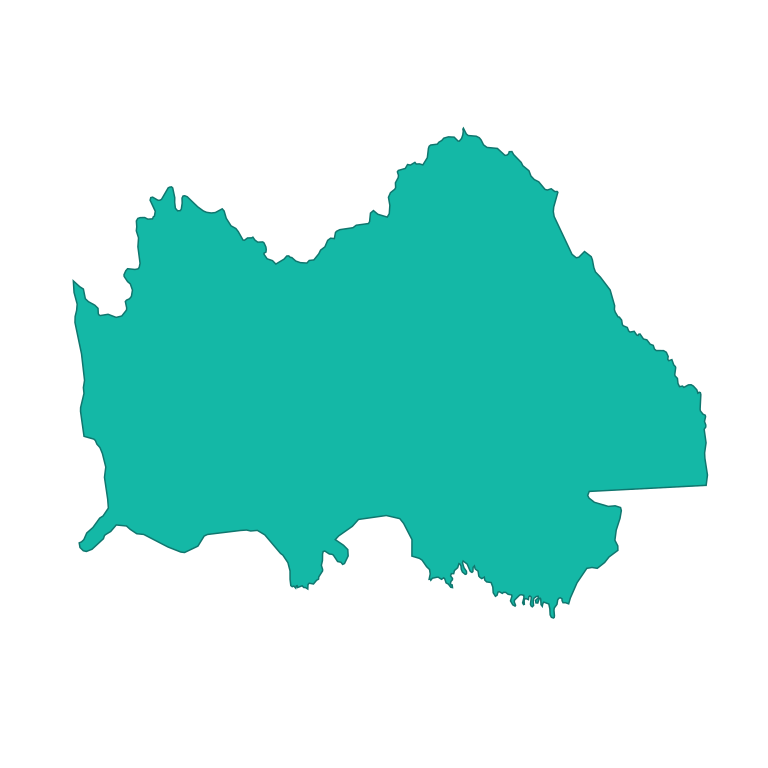 Punia, Maniema, Democratic Republic of the Congo (Equal Earth projection), rotated 355°
{"feature_id": "63176286B1925057871065", "entity_name": "Punia", "entity_type": "district", "adm_level": 2, "iso_a3": "COD", "parent_name": "Democratic Republic of the Congo", "parent_adm1": "Maniema", "projection": "equal_earth", "projection_center": [26.813, -1.707], "detail": "fine", "context": "isolated", "style": "filled", "palette": "teal", "viewbox_px": 768, "rotation_deg": 355, "n_neighbors": 0, "source": "geoboundaries", "source_scale": "gbopen_adm2", "svg_char_len": 6130}
<svg xmlns="http://www.w3.org/2000/svg" viewBox="0 0 768 768"><g transform="rotate(355 384 384)"><path d="M411.9,582.5L413.1,582.5L413.5,583.6L415.3,581.7L420.0,581.1L421.2,581.2L424.3,583.6L426.6,582.3L427.5,583.3L428.5,587.5L430.7,589.0L432.8,592.3L434.5,592.8L434.4,590.1L433.4,589.9L432.8,588.4L433.5,586.5L435.1,585.0L435.3,583.6L433.6,581.0L434.6,578.8L436.9,579.0L437.9,576.0L441.4,573.4L443.0,569.4L443.9,569.8L444.8,571.9L444.8,575.3L445.7,578.1L448.3,580.7L449.2,580.6L449.8,579.7L449.8,577.7L447.7,574.1L446.6,568.9L447.4,567.2L451.2,570.7L453.5,577.9L454.4,578.8L455.2,579.3L456.2,578.6L456.8,574.4L458.2,573.1L458.7,576.2L461.4,578.6L461.7,583.6L462.7,585.0L464.4,586.4L467.1,585.2L467.3,588.1L469.0,590.1L473.4,591.1L474.7,595.8L474.6,601.5L476.5,605.2L478.2,604.3L479.4,601.3L480.7,600.9L483.6,602.9L485.0,602.0L487.1,602.2L489.3,604.3L492.7,605.2L493.0,606.4L491.1,611.1L493.0,615.2L495.2,616.7L495.8,615.9L494.8,612.6L495.1,610.8L500.6,606.2L502.1,605.8L504.8,606.7L504.8,609.0L503.0,614.1L503.8,615.9L504.6,615.7L504.7,611.9L505.4,610.5L506.8,610.2L509.1,611.4L509.7,608.6L510.8,607.8L512.2,609.2L510.7,616.1L511.2,617.9L512.3,618.9L513.7,617.7L513.7,613.1L514.6,610.6L517.1,609.0L519.0,608.8L519.3,610.3L516.0,612.8L516.3,615.3L518.1,615.6L520.0,611.3L520.9,611.0L521.4,611.9L521.2,617.5L522.3,619.3L523.1,616.5L524.2,615.2L529.0,617.5L529.6,622.4L529.4,628.5L530.4,631.0L532.4,631.9L533.2,631.4L533.6,629.8L533.6,624.2L534.1,622.0L537.1,618.6L538.3,614.0L539.7,612.6L541.0,612.3L542.6,613.5L542.5,615.4L543.3,617.5L545.8,617.7L548.8,619.1L551.0,613.4L559.0,598.8L570.0,585.3L575.2,584.9L580.4,586.2L588.2,581.1L593.1,575.9L602.5,570.1L602.8,565.7L600.4,559.8L602.6,549.8L607.4,538.4L609.4,530.8L608.9,527.7L603.7,525.5L596.8,525.5L583.3,520.2L578.3,515.5L577.2,512.7L579.1,508.9L696.1,513.0L698.3,502.9L697.2,486.0L697.4,480.6L699.7,470.7L699.0,457.0L700.8,454.9L701.0,452.9L700.0,449.3L701.5,444.6L701.3,443.1L699.2,441.9L696.9,438.5L696.7,436.7L698.7,422.2L698.4,420.2L697.3,419.7L695.9,420.5L695.1,417.0L692.0,413.0L689.9,411.5L687.2,411.4L682.4,413.5L681.2,412.1L678.2,412.4L676.9,409.1L676.8,404.0L674.6,401.2L674.5,399.8L676.0,393.2L675.8,392.1L674.3,390.2L672.9,384.8L669.8,385.6L668.8,384.2L669.5,381.3L668.0,377.0L665.4,375.1L658.1,374.4L656.5,372.8L655.6,369.0L652.6,367.5L649.7,362.9L646.4,361.8L643.4,356.5L642.1,356.6L641.3,357.8L640.0,357.2L637.8,353.3L633.6,353.7L632.3,352.4L631.3,348.9L627.2,346.7L626.6,345.3L626.3,341.0L624.3,337.9L623.0,337.5L620.6,332.5L620.0,329.9L620.6,326.2L617.5,310.1L608.9,296.4L604.4,290.8L603.2,286.4L602.4,278.4L601.5,275.2L595.3,269.5L589.1,274.7L586.5,275.0L582.6,271.2L568.1,232.0L567.7,227.0L568.5,222.5L573.9,208.2L573.3,207.3L571.0,207.2L567.6,204.1L563.6,205.0L561.4,204.2L555.8,196.1L551.5,193.4L548.5,189.6L547.0,184.2L541.3,178.6L540.0,175.2L533.1,166.7L531.7,163.6L529.0,163.5L528.2,165.5L526.5,166.7L524.4,166.8L517.5,159.2L507.2,157.3L504.0,154.4L502.0,149.3L500.4,147.0L497.5,145.2L489.5,143.8L487.8,142.1L485.4,136.1L484.8,137.0L485.0,139.0L484.2,142.7L482.7,146.1L480.2,148.6L479.0,148.5L475.4,144.2L469.7,143.4L465.0,144.3L462.8,146.4L459.6,148.0L458.1,149.7L451.3,150.0L449.7,151.1L448.8,153.1L446.9,162.3L441.8,169.1L438.5,167.8L435.3,167.7L434.1,165.9L429.4,168.2L426.6,167.4L424.0,171.1L416.9,172.5L415.8,173.8L416.6,177.3L416.2,179.5L412.9,184.6L412.7,189.4L411.7,190.9L407.1,194.0L404.7,198.4L405.4,206.5L404.1,214.7L401.8,218.0L392.7,214.4L388.6,210.3L385.4,212.6L383.8,221.0L382.5,222.8L370.2,223.4L366.7,225.6L353.4,226.4L350.1,227.7L348.9,228.8L347.2,234.8L343.5,234.1L340.4,236.0L337.1,242.2L332.5,245.1L330.4,248.6L324.9,254.3L320.3,254.4L317.7,256.8L311.2,255.8L306.8,253.8L303.2,250.0L301.6,249.6L300.3,248.1L298.3,248.0L295.3,250.9L286.7,255.1L283.7,251.4L278.5,249.1L275.8,244.4L275.9,243.2L277.9,242.3L278.4,239.8L278.3,237.3L276.8,233.0L275.6,231.9L270.6,231.7L268.0,229.4L266.2,226.3L264.8,226.9L260.8,226.6L257.4,228.7L256.1,228.3L252.1,219.5L250.0,216.2L245.4,213.1L241.3,205.2L239.8,197.7L238.1,195.4L230.9,198.5L226.9,198.6L222.2,197.5L219.2,195.9L213.9,191.3L204.3,180.3L201.9,179.1L200.2,179.2L199.0,181.2L198.7,186.3L197.3,192.1L196.2,193.5L193.5,193.5L191.5,190.7L191.3,184.8L191.8,180.2L190.6,170.3L189.5,169.1L187.6,169.2L186.1,169.8L178.5,180.6L176.9,181.4L174.9,181.3L169.8,177.7L167.9,178.0L167.0,180.5L171.2,192.0L169.9,196.8L168.8,197.3L167.8,199.3L163.1,199.2L160.1,197.3L155.6,197.0L153.2,197.6L151.5,200.0L151.4,205.8L150.6,209.8L152.2,217.0L150.8,225.9L151.5,242.5L150.3,246.5L148.9,247.9L145.9,248.2L138.6,246.8L136.6,248.7L134.5,252.5L134.5,254.2L137.5,259.7L140.0,262.2L141.6,268.5L140.0,274.7L137.9,276.9L134.8,278.0L133.5,279.3L134.3,285.8L133.9,287.9L128.7,293.4L123.0,294.3L115.2,290.5L107.2,291.1L106.2,290.4L105.5,289.1L105.7,283.7L102.8,280.3L96.7,276.2L93.9,273.0L92.8,263.2L89.3,260.5L83.5,254.2L83.2,265.8L85.3,277.7L84.2,283.9L82.2,289.8L81.5,295.8L85.3,327.7L86.0,354.3L84.2,361.4L84.3,367.2L79.7,381.1L79.3,384.8L80.6,410.0L90.1,413.6L91.5,415.1L92.8,419.0L95.5,422.6L97.4,428.7L99.6,442.5L97.4,452.6L98.7,474.8L98.6,483.6L92.6,491.0L89.1,492.8L81.5,501.6L74.9,506.5L71.4,512.9L68.9,514.9L66.5,515.7L66.9,520.4L69.9,523.9L72.9,524.9L78.7,523.2L91.0,513.7L92.3,510.7L93.4,509.8L98.9,507.1L105.0,501.1L115.1,503.0L118.4,506.6L124.6,511.6L131.5,512.9L154.5,527.5L166.9,533.7L170.6,534.5L184.5,529.3L191.6,519.8L195.0,518.5L228.3,517.4L234.3,517.5L238.4,518.8L245.1,518.8L252.1,523.9L266.2,543.8L268.3,545.6L272.7,553.6L274.1,562.0L273.4,570.4L273.6,576.7L274.9,577.9L276.6,577.5L278.3,579.7L279.1,577.4L279.9,577.3L280.2,579.2L284.9,577.9L286.3,579.7L288.1,580.0L290.2,581.6L290.8,577.2L292.1,575.9L296.3,577.1L299.8,573.6L301.8,572.7L302.2,570.5L306.5,564.9L306.7,563.4L305.8,559.2L307.3,554.5L308.0,547.9L308.8,545.6L310.4,545.2L314.7,548.6L317.3,549.1L318.6,550.0L322.3,556.8L325.5,557.8L327.1,560.1L329.0,559.4L333.3,552.2L333.5,545.8L329.6,541.1L321.9,534.8L325.6,531.4L340.1,523.0L346.8,516.7L374.8,515.2L388.0,519.5L391.4,524.6L398.3,541.4L396.8,557.9L404.1,560.8L406.6,562.8L410.5,569.7L413.2,572.8L413.5,577.2L411.9,582.5Z" fill="#14b8a6" stroke="#0f766e" stroke-width="1.5"/></g></svg>